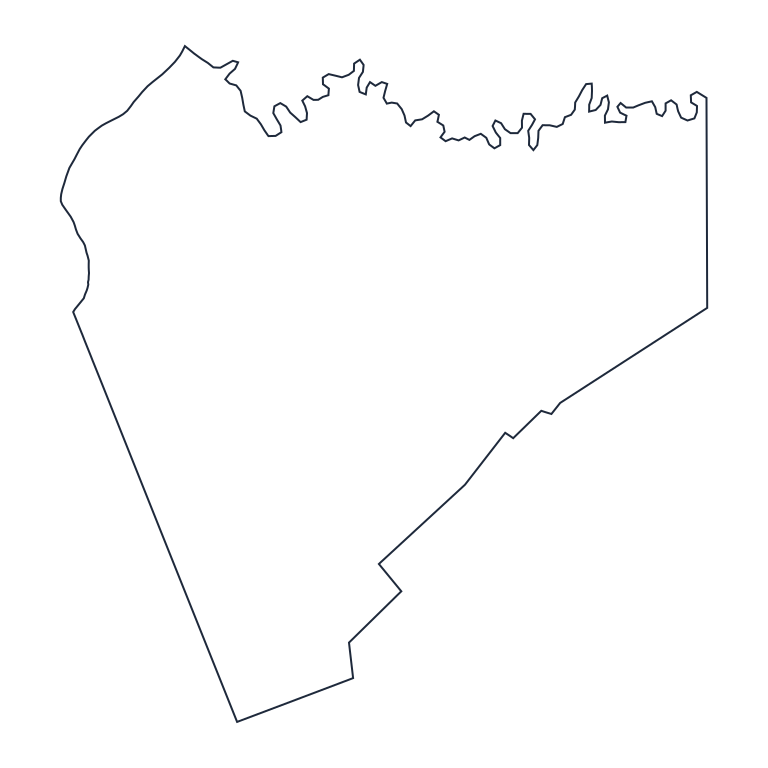 the district of Montecarlo, Misiones, Argentina
{"feature_id": "61730980B57669558110084", "entity_name": "Montecarlo", "entity_type": "district", "adm_level": 2, "iso_a3": "ARG", "parent_name": "Argentina", "parent_adm1": "Misiones", "projection": "mercator", "projection_center": [-54.553, -26.697], "detail": "fine", "context": "isolated", "style": "outline", "palette": "slate", "viewbox_px": 768, "rotation_deg": 0, "n_neighbors": 0, "source": "geoboundaries", "source_scale": "gbopen_adm2", "svg_char_len": 3760}
<svg xmlns="http://www.w3.org/2000/svg" viewBox="0 0 768 768"><path d="M706.5,97.9L696.8,91.9L690.8,95.3L691.1,102.4L696.3,105.5L697.0,106.0L697.0,106.6L696.8,112.4L694.4,118.4L687.5,120.5L682.6,118.3L681.1,117.6L678.2,111.4L677.6,109.1L676.6,104.5L671.1,100.3L665.6,103.4L665.6,110.7L662.1,116.1L657.3,114.1L656.7,113.8L655.3,107.5L655.2,107.1L651.9,101.3L645.2,102.8L639.1,105.1L638.8,105.2L633.3,107.5L626.1,107.5L620.6,103.0L617.4,106.8L620.1,112.6L623.9,114.5L626.5,115.7L626.3,116.7L625.4,122.1L618.8,122.2L611.8,121.5L607.8,122.2L607.7,122.2L605.0,122.7L604.9,115.6L608.0,109.3L608.9,102.3L608.1,99.3L607.2,95.6L602.2,98.2L600.5,104.9L595.7,110.0L589.1,111.6L589.2,107.7L589.2,104.7L591.7,98.0L592.0,90.9L591.9,86.8L591.7,83.6L586.1,84.1L582.2,90.1L578.9,96.4L575.2,102.5L575.0,107.0L574.9,107.9L574.8,109.6L571.1,114.8L564.9,117.2L562.7,124.0L556.8,126.9L549.8,125.3L542.6,125.2L538.5,130.8L538.2,138.0L537.3,145.1L533.4,150.1L532.7,149.3L529.0,145.0L529.2,137.9L528.2,130.8L532.0,124.9L534.5,120.3L535.0,119.3L530.6,113.9L523.6,113.8L521.9,120.6L522.0,127.7L517.7,133.1L510.5,133.1L504.9,129.2L501.1,123.2L495.4,120.5L492.6,126.0L495.8,132.5L497.3,134.4L500.2,138.0L500.2,141.6L500.2,145.1L494.4,148.3L489.8,144.9L489.2,144.4L488.9,143.8L486.3,137.8L480.8,133.8L474.6,136.2L469.4,139.9L464.7,137.5L458.6,140.4L452.1,138.4L451.9,138.5L445.6,141.2L440.5,137.4L442.2,135.0L444.6,131.8L443.3,125.5L441.9,124.6L437.4,121.8L438.0,119.2L438.9,114.8L433.9,111.3L428.1,115.6L422.1,119.3L415.2,120.4L410.6,126.1L406.0,122.5L404.5,115.5L401.7,109.1L398.6,105.3L398.3,104.9L397.2,103.5L391.7,102.6L386.8,103.6L386.4,102.8L383.5,97.8L385.2,90.8L385.3,90.5L387.2,83.9L381.8,82.1L375.4,85.8L370.0,82.1L366.7,87.6L365.8,94.4L362.5,93.1L359.6,91.9L358.1,85.0L359.0,77.9L362.9,71.9L363.5,66.3L363.6,64.9L359.9,59.7L354.1,63.6L353.9,70.9L348.7,74.8L342.0,77.3L335.5,75.7L328.7,74.1L322.8,77.6L323.0,84.3L324.6,85.4L328.9,88.6L328.6,92.3L328.4,95.2L322.8,96.9L318.2,99.8L313.5,99.9L307.3,96.2L302.3,100.6L304.1,104.3L305.1,106.3L307.0,113.1L306.6,119.7L300.6,122.1L295.5,117.3L290.2,112.6L286.2,106.6L280.3,103.1L274.4,106.3L273.3,113.1L276.8,119.3L280.5,125.5L281.2,130.3L281.4,132.2L275.6,135.9L268.5,136.1L268.0,135.5L264.4,130.3L260.9,124.3L256.9,118.9L256.8,118.7L250.4,115.6L244.8,111.4L243.4,104.8L242.2,97.8L240.6,90.8L238.9,88.7L236.3,85.4L229.6,83.5L226.5,80.4L225.3,79.3L229.6,73.6L235.0,68.9L237.5,63.7L238.1,62.3L232.8,60.8L226.5,64.3L220.4,67.7L219.8,67.7L213.4,67.4L207.8,62.9L201.9,59.2L198.3,56.6L194.8,54.0L194.7,54.0L187.8,48.4L186.4,47.3L184.9,46.1L182.2,51.5L179.9,55.5L174.9,61.9L169.2,67.8L162.2,74.4L152.6,82.0L147.6,86.2L142.1,92.1L138.6,96.4L133.7,102.0L131.0,105.9L127.2,110.8L123.1,114.2L118.8,116.8L111.0,120.7L105.9,123.3L101.8,125.6L97.7,128.6L94.8,130.8L91.8,133.8L88.9,136.7L86.1,140.2L82.3,145.2L79.7,149.1L76.8,154.6L74.4,159.3L72.7,162.2L69.4,167.9L66.3,176.4L64.4,182.9L62.4,189.1L61.2,194.2L60.8,197.9L60.8,201.2L62.3,204.8L65.9,210.0L70.7,216.7L73.6,222.1L74.8,225.5L75.9,229.3L77.6,233.8L80.5,238.4L83.1,242.0L84.1,243.9L84.9,245.5L86.5,252.5L86.7,253.2L87.5,255.5L88.8,260.6L88.7,264.4L88.7,267.5L88.8,270.2L89.0,273.1L88.7,276.6L88.6,279.7L88.0,282.2L88.3,284.6L87.5,288.0L86.7,290.5L85.0,294.5L83.8,298.3L82.9,299.4L74.9,309.2L73.2,312.0L73.5,312.8L75.0,316.5L81.6,332.9L82.2,334.3L84.8,341.0L91.1,356.7L92.7,360.8L93.4,362.5L102.4,384.9L108.3,399.7L160.7,531.0L237.1,721.9L300.8,697.9L343.1,681.9L346.6,680.6L353.1,678.1L349.9,650.5L349.0,642.6L397.0,595.5L401.3,591.3L378.9,564.0L381.0,562.0L385.8,557.6L465.0,484.7L505.2,432.8L509.9,435.9L513.2,438.2L514.5,436.9L541.3,410.8L544.6,411.9L551.4,414.0L560.1,403.0L560.2,402.9L704.4,309.7L707.2,307.9L706.5,101.1L706.5,97.9Z" fill="none" stroke="#1e293b" stroke-width="2"/></svg>